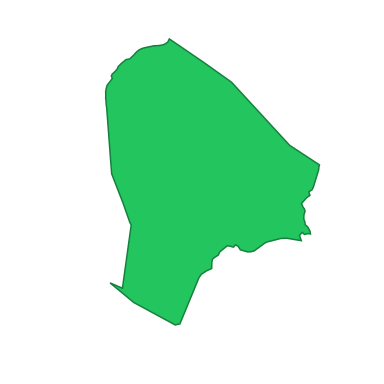 outline of Cuité, Paraíba, Brazil, rotated 117°
{"feature_id": "56859067B4229147506031", "entity_name": "Cuité", "entity_type": "district", "adm_level": 2, "iso_a3": "BRA", "parent_name": "Brazil", "parent_adm1": "Paraíba", "projection": "equal_earth", "projection_center": [-36.09, -6.543], "detail": "fine", "context": "isolated", "style": "filled", "palette": "green", "viewbox_px": 384, "rotation_deg": 117, "n_neighbors": 0, "source": "geoboundaries", "source_scale": "gbopen_adm2", "svg_char_len": 1302}
<svg xmlns="http://www.w3.org/2000/svg" viewBox="0 0 384 384"><g transform="rotate(117 192 192)"><path d="M110.0,90.7L106.1,126.2L76.2,206.7L71.2,240.4L65.9,281.7L69.3,281.6L71.5,282.7L73.8,284.4L75.4,286.4L77.0,288.7L79.1,292.5L80.9,294.6L82.9,297.2L86.2,301.1L88.1,302.7L90.0,304.0L93.0,305.2L96.5,306.1L99.4,307.1L101.7,307.9L103.9,310.9L106.3,311.9L109.7,313.4L113.7,314.7L116.1,314.5L119.4,315.2L123.1,316.6L125.1,316.6L127.1,314.6L130.4,315.1L133.3,315.7L135.7,316.1L139.1,315.3L141.8,314.5L144.8,312.8L147.7,311.5L149.5,310.2L152.8,308.3L156.1,306.0L197.6,280.8L212.3,271.8L233.1,248.5L247.3,233.6L249.0,231.2L309.3,210.3L310.2,223.8L313.7,207.9L316.9,193.8L318.1,146.6L315.0,142.9L265.0,146.9L261.1,146.3L256.0,143.5L251.3,139.7L245.4,142.5L242.6,143.2L240.5,142.4L236.1,139.9L232.9,140.1L227.6,137.8L223.9,136.1L223.1,133.8L222.3,130.0L219.4,129.3L219.4,126.2L221.6,122.7L220.1,115.2L218.6,112.5L216.2,109.8L205.2,104.3L202.8,102.8L193.1,91.8L190.1,86.4L187.8,79.0L185.7,72.5L182.0,76.5L177.9,75.5L178.8,72.6L176.6,70.0L175.6,67.4L173.4,69.0L170.6,73.0L169.7,76.3L167.4,77.9L165.2,80.2L161.5,81.9L157.8,82.5L156.1,84.1L155.0,86.3L152.5,89.2L145.2,87.3L141.4,85.4L138.9,88.0L135.4,86.0L131.9,86.2L114.8,89.2L112.1,90.3L110.0,90.7Z" fill="#22c55e" stroke="#15803d" stroke-width="1.5"/></g></svg>